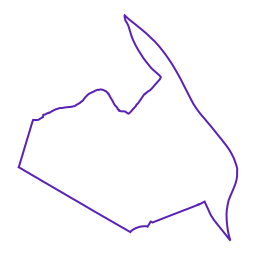 outline of Hendrik-Ido-Ambacht, Zuid-Holland, Netherlands
{"feature_id": "6326949B24881260895403", "entity_name": "Hendrik-Ido-Ambacht", "entity_type": "district", "adm_level": 2, "iso_a3": "NLD", "parent_name": "Netherlands", "parent_adm1": "Zuid-Holland", "projection": "albers", "projection_center": [4.638, 51.847], "detail": "fine", "context": "isolated", "style": "outline", "palette": "violet", "viewbox_px": 256, "rotation_deg": 0, "n_neighbors": 0, "source": "geoboundaries", "source_scale": "gbopen_adm2", "svg_char_len": 5570}
<svg xmlns="http://www.w3.org/2000/svg" viewBox="0 0 256 256"><path d="M124.5,16.0L125.1,19.3L125.5,20.5L125.9,21.4L126.3,22.0L126.7,22.4L127.0,22.9L127.4,23.8L127.5,24.0L128.1,25.2L128.3,25.7L128.4,26.0L128.9,27.4L129.0,27.8L129.3,28.7L129.6,29.8L129.8,30.6L130.5,32.7L130.7,33.6L131.0,34.5L131.2,35.2L131.7,36.6L132.4,38.4L133.1,40.1L133.6,41.2L134.1,42.2L135.2,44.5L135.8,45.6L135.9,45.8L137.1,48.0L138.2,49.9L138.9,51.1L139.2,51.5L139.8,52.5L140.8,54.0L141.8,55.6L142.6,56.8L143.2,57.8L144.1,59.1L144.7,59.9L145.5,60.9L146.2,61.9L147.3,63.2L147.5,63.4L147.7,63.7L148.1,64.2L148.6,64.8L149.3,65.7L150.1,66.7L150.5,67.3L150.8,67.5L151.2,68.0L151.8,68.5L152.7,69.4L153.5,70.2L153.8,70.5L154.5,71.0L155.1,71.6L155.5,71.9L156.6,72.9L158.0,74.1L158.9,74.9L159.2,75.2L159.5,75.4L159.7,75.6L159.8,75.8L160.0,76.1L160.2,76.4L160.3,76.4L160.5,76.6L160.7,76.9L160.7,77.1L160.8,77.3L160.3,78.4L160.1,78.8L159.6,79.6L159.3,79.9L157.3,82.2L155.3,84.4L153.3,86.8L152.5,87.7L150.9,89.5L149.6,90.5L147.6,91.7L146.2,93.0L146.2,92.9L146.0,93.0L145.6,93.2L144.7,94.1L143.8,94.8L143.7,95.0L143.4,95.5L143.0,96.2L142.7,96.5L142.4,97.0L142.0,97.4L141.8,97.8L141.2,98.7L141.0,99.1L139.8,100.7L138.1,103.2L137.8,103.6L137.1,104.1L136.7,104.5L136.5,104.8L136.4,104.8L136.1,105.5L136.0,105.9L135.7,106.1L135.5,106.5L135.4,106.6L134.9,107.1L134.3,107.7L133.9,108.3L133.5,108.7L133.2,108.8L132.4,109.8L131.2,111.3L130.2,112.3L129.1,113.3L128.8,113.4L128.3,113.7L126.7,112.6L125.7,111.9L125.0,111.5L124.5,111.4L122.9,111.3L122.7,111.3L121.8,111.3L120.5,111.2L119.6,111.0L119.0,110.7L118.9,110.5L118.8,110.3L118.8,110.2L119.0,109.9L118.1,109.4L117.9,109.3L117.4,108.5L117.5,108.2L116.8,107.2L116.7,107.1L115.0,105.4L114.3,104.4L112.5,100.7L112.1,100.2L109.9,96.5L109.1,94.7L108.6,94.5L108.3,93.9L108.4,93.5L108.0,93.3L107.5,92.8L106.2,91.4L105.7,91.3L104.6,90.6L103.8,90.2L103.4,90.1L103.2,90.0L102.2,89.7L101.1,89.5L100.6,89.4L100.1,89.5L99.8,89.6L99.0,89.7L98.9,89.8L98.7,89.9L97.5,89.8L96.6,90.1L95.7,90.5L94.8,90.9L93.8,91.5L93.6,91.7L93.3,91.9L92.8,92.0L92.2,92.2L91.1,92.8L89.4,93.5L89.1,93.8L88.9,93.9L87.5,95.0L84.9,97.8L83.4,99.7L83.4,99.8L83.3,100.0L83.1,100.3L83.0,100.5L82.4,100.9L82.4,101.0L81.6,101.5L80.6,102.1L80.6,102.3L80.4,102.4L80.2,102.7L77.4,104.4L77.2,104.4L74.7,106.0L71.8,106.7L70.7,106.9L70.0,107.0L68.7,107.0L67.5,107.2L65.1,107.4L64.3,107.6L62.3,108.0L61.0,108.0L59.4,108.1L58.5,108.5L56.0,109.2L52.9,110.7L52.5,110.9L52.1,111.1L51.5,111.5L51.1,111.8L49.5,112.6L49.3,112.6L49.3,112.8L47.3,113.2L46.7,113.6L45.0,114.6L44.1,114.6L43.3,114.9L43.0,116.9L42.9,116.9L42.9,117.0L42.2,117.4L41.8,117.8L40.2,118.6L39.2,119.4L38.6,119.7L38.3,119.8L37.9,119.9L37.5,120.0L37.1,120.0L36.6,120.0L34.9,120.0L33.1,119.9L32.7,121.2L32.6,121.3L32.0,123.2L31.3,125.4L29.9,130.2L24.4,148.4L22.5,154.9L20.1,162.7L19.0,166.5L18.8,166.9L19.0,166.9L19.0,167.1L19.0,167.3L19.2,167.5L19.7,167.8L21.8,169.0L25.5,171.2L26.5,171.8L27.9,172.6L34.2,176.3L37.0,177.9L43.2,181.6L44.8,182.5L46.4,183.4L57.7,190.0L60.1,191.4L61.1,192.0L61.7,192.3L62.5,192.8L63.6,193.4L65.1,194.3L65.9,194.8L67.0,195.4L68.0,196.0L68.8,196.5L69.6,197.0L71.5,198.1L72.3,198.5L74.1,199.6L74.6,199.8L88.9,208.2L96.6,212.7L117.3,224.6L117.6,224.8L125.9,229.5L129.3,231.5L130.3,232.1L130.9,231.4L131.0,231.3L131.4,230.8L131.6,230.7L131.9,230.5L132.2,230.2L132.4,230.1L132.8,229.8L133.0,229.7L133.4,229.5L133.6,229.3L134.0,229.1L134.6,228.8L135.0,228.6L135.6,228.3L135.9,228.1L136.1,228.0L136.4,227.9L136.8,227.8L137.0,227.7L137.9,227.4L138.3,227.2L138.7,227.1L139.0,227.0L139.4,226.9L139.7,226.8L140.1,226.7L140.4,226.7L140.8,226.6L141.6,226.5L142.1,226.4L142.3,226.4L142.7,226.3L143.2,226.3L143.4,226.3L143.9,226.2L144.4,226.2L144.9,226.2L145.1,226.2L145.6,226.2L146.3,226.3L146.7,226.3L147.2,226.3L147.6,226.6L148.0,226.0L148.4,225.3L148.7,224.7L149.5,223.6L150.6,221.5L150.8,221.5L152.5,222.5L173.5,214.3L180.3,211.7L182.8,210.7L187.6,208.9L193.7,206.5L196.0,205.6L196.8,205.3L197.4,205.0L198.0,204.7L197.9,204.6L198.8,204.2L198.9,204.6L199.5,204.3L200.0,204.0L200.8,203.6L201.4,203.3L202.8,202.5L203.5,202.1L203.8,202.0L204.6,201.6L204.8,202.1L205.5,203.6L206.5,205.8L207.5,207.8L208.4,209.9L209.2,211.6L209.9,213.2L210.1,213.6L210.9,215.2L211.2,215.8L212.3,217.4L213.5,219.3L213.7,219.7L215.0,221.3L216.8,223.6L219.6,227.1L222.5,230.7L223.4,231.8L223.7,232.2L230.4,240.6L229.2,236.7L228.9,235.3L228.6,234.2L228.2,232.3L227.8,229.8L227.5,227.8L227.3,226.7L227.2,226.2L227.2,225.4L226.9,222.9L226.8,221.3L226.6,218.4L226.6,217.0L226.5,215.6L226.5,214.7L226.5,213.6L226.6,212.6L226.7,211.4L226.8,210.1L227.5,205.6L228.1,202.7L228.2,202.0L228.6,200.5L229.1,199.2L229.9,197.1L233.2,189.4L235.0,184.9L236.3,180.8L237.1,176.3L237.1,171.8L237.2,168.4L236.9,167.3L236.5,166.0L236.1,164.5L235.6,163.2L235.2,161.9L234.3,159.6L233.5,157.5L232.8,156.2L232.2,155.0L231.6,153.8L231.0,152.7L230.4,151.7L229.5,150.2L229.3,149.8L228.4,148.5L227.0,146.5L225.7,144.8L223.9,142.5L222.3,140.4L219.7,137.2L215.3,131.7L213.7,129.7L211.5,127.0L209.6,124.7L207.2,121.9L204.8,119.0L202.2,116.0L201.5,115.2L198.8,111.8L196.0,107.9L193.5,104.1L191.3,100.0L182.8,83.4L182.0,81.8L181.1,80.0L180.0,77.9L179.0,76.1L178.0,74.3L176.7,72.0L175.5,69.9L174.4,68.1L173.3,66.2L172.2,64.4L171.1,62.6L169.7,60.6L167.9,57.9L166.2,55.5L165.4,54.3L163.9,52.4L162.9,51.1L162.3,50.3L161.3,49.1L160.2,47.6L158.6,45.8L157.2,44.2L155.8,42.7L154.8,41.5L154.2,40.9L153.1,39.9L149.7,36.7L148.1,35.1L146.5,33.6L143.2,30.8L141.4,29.3L137.2,25.9L134.9,24.0L128.2,18.7L127.9,18.4L127.5,18.0L125.4,16.0L124.7,15.4L124.5,16.0Z" fill="none" stroke="#5b21b6" stroke-width="2"/></svg>